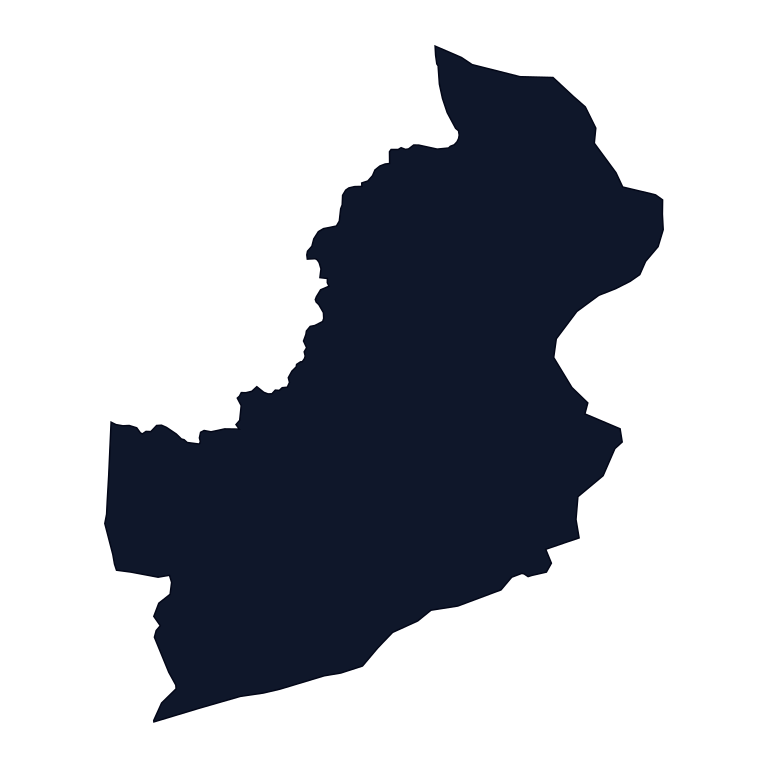 Mayo-Banyo, Adamaoua, Cameroon (Mercator projection)
{"feature_id": "32672807B95498803014525", "entity_name": "Mayo-Banyo", "entity_type": "district", "adm_level": 2, "iso_a3": "CMR", "parent_name": "Cameroon", "parent_adm1": "Adamaoua", "projection": "mercator", "projection_center": [11.642, 6.615], "detail": "fine", "context": "isolated", "style": "filled", "palette": "ink", "viewbox_px": 768, "rotation_deg": 0, "n_neighbors": 0, "source": "geoboundaries", "source_scale": "gbopen_adm2", "svg_char_len": 2760}
<svg xmlns="http://www.w3.org/2000/svg" viewBox="0 0 768 768"><path d="M662.6,199.9L655.6,194.9L653.4,194.3L622.7,187.0L616.0,172.7L594.3,143.2L595.5,131.0L595.8,128.1L585.3,106.9L573.3,96.4L553.0,77.5L520.0,76.7L472.1,64.6L461.5,57.5L435.1,46.1L435.6,55.2L436.8,63.9L438.2,66.0L438.2,67.2L439.4,84.2L442.5,98.5L447.2,112.6L455.6,128.3L457.5,129.9L458.5,130.7L459.2,135.1L458.6,138.5L457.0,141.8L454.2,144.8L450.3,146.3L448.6,148.0L437.2,149.1L418.8,145.1L413.7,145.0L408.6,148.9L407.4,149.1L405.5,149.4L401.1,147.7L398.2,149.5L391.1,149.5L389.5,151.7L389.6,162.0L389.6,163.5L385.1,164.0L379.9,166.0L375.0,169.9L372.5,175.7L367.8,181.0L362.8,182.6L361.7,183.0L361.9,186.4L354.5,186.6L348.9,187.9L345.7,190.1L342.6,195.3L342.2,204.9L340.7,208.7L339.3,221.1L336.4,226.0L329.3,227.5L323.5,228.6L318.4,231.6L313.8,238.8L311.9,246.2L307.5,251.2L306.8,254.9L307.3,259.1L315.3,258.7L317.3,259.9L319.1,262.5L321.0,268.9L320.5,272.7L319.9,277.6L327.4,278.5L327.3,282.7L329.0,286.2L320.6,289.8L316.4,296.7L315.3,299.6L316.2,302.1L318.8,304.6L323.4,312.6L323.7,318.4L322.7,321.5L321.5,322.1L314.8,325.5L310.2,326.4L306.4,331.0L305.9,334.4L303.5,341.0L306.6,347.7L304.2,351.8L305.2,356.0L304.5,358.5L302.3,361.7L300.4,361.9L296.6,364.4L296.2,366.9L292.1,370.9L291.8,371.3L288.3,377.7L289.5,382.4L287.3,387.2L282.2,387.7L279.3,390.4L275.3,390.1L271.9,393.8L268.0,393.9L263.8,392.3L256.8,386.7L251.8,391.3L245.9,392.7L245.0,392.7L241.3,392.6L239.5,396.1L237.3,398.1L241.2,405.6L239.7,420.3L236.0,424.6L239.3,429.1L224.6,428.9L217.8,430.4L211.0,431.8L204.1,430.5L200.6,432.3L199.4,437.9L200.3,441.3L199.7,443.5L198.9,444.0L187.2,442.5L184.1,439.7L181.4,439.0L176.3,434.0L167.7,428.2L166.3,427.3L161.5,425.2L156.6,425.5L150.8,431.6L146.0,431.4L142.4,433.9L140.4,432.9L136.7,427.8L129.2,425.5L122.9,425.8L118.3,425.0L116.0,424.6L111.1,422.2L108.7,475.5L107.2,501.7L106.6,514.2L104.8,523.5L112.8,554.4L114.5,564.1L116.5,570.2L131.0,572.1L158.1,577.2L165.7,575.9L169.5,575.3L171.6,582.4L170.1,594.3L158.8,603.2L153.8,616.4L160.3,625.7L156.2,630.5L154.4,637.2L168.8,672.3L175.8,685.0L176.1,688.8L161.6,703.0L160.4,705.7L153.7,720.5L153.9,721.9L173.8,715.9L198.3,708.5L240.3,696.4L263.5,693.0L280.1,689.1L324.2,675.8L340.9,673.0L362.5,666.0L377.5,648.2L382.4,643.0L392.6,632.4L417.8,620.9L431.0,610.2L457.9,606.0L492.1,593.2L501.0,589.9L511.7,577.2L521.8,573.4L524.1,573.9L528.1,576.6L531.9,575.4L546.4,572.1L551.4,563.2L545.7,549.3L564.0,543.0L579.1,537.9L576.0,519.5L577.9,496.7L603.1,475.7L614.9,448.6L622.2,442.0L620.1,428.8L584.9,413.9L587.8,402.9L571.9,387.5L553.7,357.5L556.3,338.8L576.8,311.5L598.8,295.3L615.6,288.7L630.2,281.3L639.8,274.6L645.6,261.4L647.7,258.9L658.1,246.6L663.2,229.7L662.4,214.2L662.6,199.9Z" fill="#0f172a" stroke="#020617" stroke-width="1.5"/></svg>